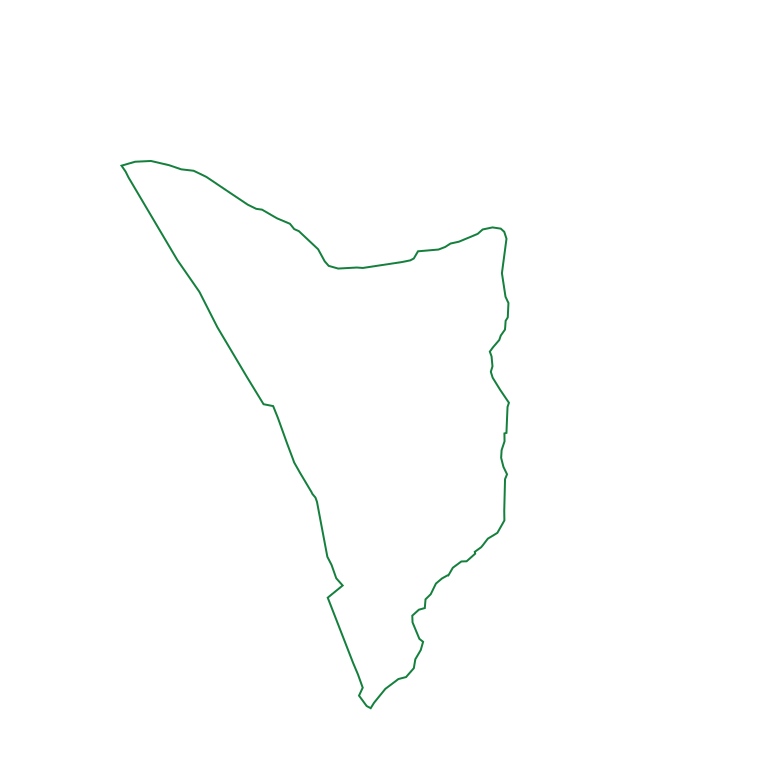 outline of Yigo, Guam, rotated 339°
{"feature_id": "77769853B33377803133936", "entity_name": "Yigo", "entity_type": "district", "adm_level": 2, "iso_a3": "GUM", "parent_name": "Guam", "parent_adm1": "", "projection": "albers", "projection_center": [144.906, 13.57], "detail": "fine", "context": "isolated", "style": "outline", "palette": "green", "viewbox_px": 768, "rotation_deg": 339, "n_neighbors": 0, "source": "geoboundaries", "source_scale": "gbopen_adm2", "svg_char_len": 1745}
<svg xmlns="http://www.w3.org/2000/svg" viewBox="0 0 768 768"><g transform="rotate(339 384 384)"><path d="M255.2,633.7L255.6,645.9L255.3,659.9L249.0,666.0L252.4,678.4L255.4,681.9L258.0,679.9L260.5,678.0L276.0,669.1L291.7,664.6L299.6,665.5L302.6,663.9L310.0,660.0L314.6,652.2L323.0,645.5L328.1,638.7L325.7,634.6L325.2,616.8L327.4,610.4L335.7,607.2L341.8,607.8L345.6,599.9L352.3,597.0L358.3,591.4L361.0,588.9L368.5,586.3L374.8,585.4L375.1,585.6L375.4,585.8L376.2,585.2L376.5,585.0L382.4,580.2L392.6,577.4L397.6,579.1L408.3,575.1L408.6,573.2L416.2,571.2L418.2,570.1L425.5,565.6L432.3,564.4L436.5,563.6L446.7,555.2L447.5,554.5L450.8,545.5L462.9,516.2L466.5,512.4L465.8,504.2L466.9,494.9L470.1,487.9L476.0,480.7L478.7,473.3L480.8,473.5L485.5,462.6L491.1,449.7L493.9,446.3L490.4,431.3L487.7,417.1L488.1,410.9L491.6,406.4L494.3,396.8L494.4,391.7L498.9,388.8L507.4,384.2L510.4,380.6L516.4,376.6L517.6,374.2L520.2,368.6L523.4,366.2L529.2,353.0L528.7,346.1L533.8,322.8L550.4,292.3L550.8,285.0L548.7,280.8L541.4,276.7L531.5,275.1L525.3,277.4L505.0,278.0L496.4,276.7L490.2,278.0L483.1,278.0L463.3,272.3L456.8,277.5L452.9,278.0L444.6,276.6L405.9,268.1L400.3,265.5L382.6,259.8L381.4,258.9L374.7,253.9L372.6,248.2L370.8,234.6L359.3,210.8L355.7,207.2L353.6,200.7L343.6,191.1L340.1,186.8L332.6,177.5L327.5,174.7L321.1,167.8L305.7,146.0L292.3,126.9L282.7,116.7L271.6,110.9L261.9,102.8L246.4,92.3L231.3,87.3L217.2,86.1L218.9,93.2L219.5,99.6L235.5,194.3L244.7,231.9L248.8,271.4L258.6,328.7L264.3,359.7L272.6,364.9L272.8,377.6L272.2,405.7L272.1,421.5L272.0,425.0L273.8,437.0L277.6,459.1L277.7,460.8L279.3,465.5L279.2,470.0L275.2,492.0L269.2,525.0L270.2,534.2L269.8,548.3L273.2,557.3L254.9,563.3L255.2,633.7Z" fill="none" stroke="#15803d" stroke-width="2"/></g></svg>